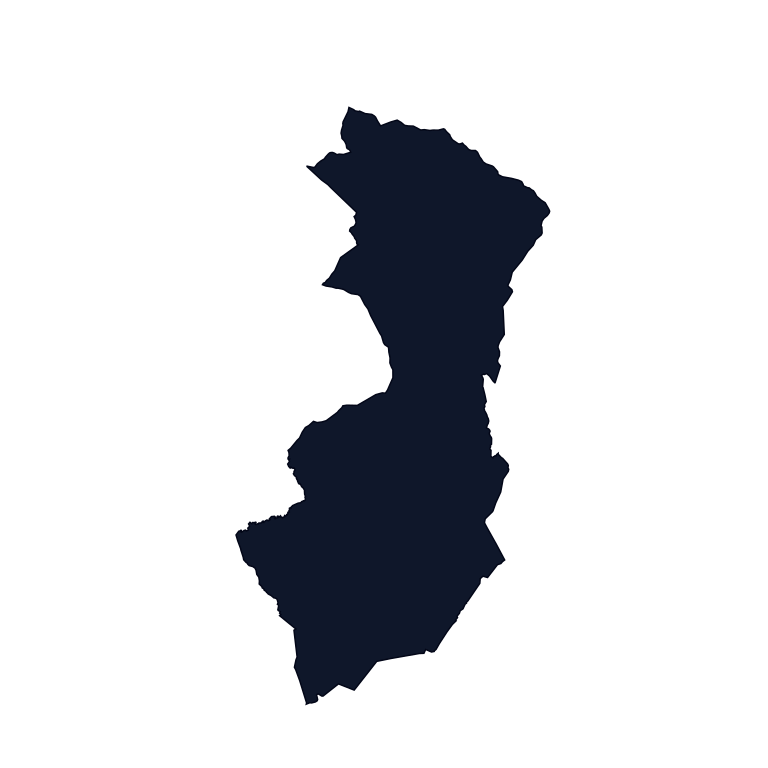 outline of Marginea, Suceava, Romania, rotated 149°
{"feature_id": "2599482B12450420529087", "entity_name": "Marginea", "entity_type": "district", "adm_level": 2, "iso_a3": "ROU", "parent_name": "Romania", "parent_adm1": "Suceava", "projection": "orthographic", "projection_center": [25.809, 47.767], "detail": "fine", "context": "isolated", "style": "filled", "palette": "ink", "viewbox_px": 768, "rotation_deg": 149, "n_neighbors": 0, "source": "geoboundaries", "source_scale": "gbopen_adm2", "svg_char_len": 6171}
<svg xmlns="http://www.w3.org/2000/svg" viewBox="0 0 768 768"><g transform="rotate(149 384 384)"><path d="M271.6,639.1L274.6,635.9L284.0,629.8L285.2,628.4L285.8,626.9L289.6,623.5L291.6,621.1L292.5,618.3L293.5,616.2L292.8,612.9L292.8,611.0L293.1,608.6L294.3,605.7L294.2,604.6L293.2,603.1L292.8,601.5L293.2,599.8L300.5,601.6L304.1,604.2L305.7,604.6L306.5,605.3L307.6,607.4L308.9,609.0L310.4,609.8L311.6,610.1L313.3,609.8L317.6,608.5L319.0,607.7L323.4,607.7L327.6,607.1L331.5,605.5L332.9,605.9L337.7,610.3L338.0,610.0L332.4,590.9L329.4,583.8L328.5,580.0L319.1,545.3L321.3,543.2L323.4,542.9L323.7,539.8L324.6,537.1L325.3,536.2L328.0,534.6L332.0,534.9L333.7,534.0L334.7,532.8L334.0,530.5L334.1,529.1L333.6,525.5L334.0,524.4L333.7,520.8L334.6,519.4L335.1,518.0L334.4,516.5L356.1,514.7L367.9,506.4L372.2,505.0L376.2,502.9L379.9,502.3L382.0,501.3L384.1,501.6L385.6,500.8L383.3,497.9L378.5,493.9L375.8,490.9L373.8,489.6L370.7,486.7L369.6,485.4L367.3,480.9L365.4,478.2L360.2,474.0L359.0,471.3L359.6,462.1L359.1,456.6L360.2,449.4L361.4,429.5L361.3,426.5L363.1,419.8L363.1,417.4L361.2,413.2L363.4,408.8L365.4,403.2L368.1,399.0L368.9,394.6L369.0,391.7L373.1,384.8L384.1,377.0L387.5,375.4L390.1,377.3L396.5,379.1L417.9,379.4L426.8,385.0L430.5,386.5L432.3,385.4L436.4,384.5L438.5,383.7L452.4,382.3L456.6,383.4L461.2,385.4L463.7,388.3L469.7,387.1L473.8,387.2L478.9,384.8L484.2,381.2L487.6,380.4L497.1,377.0L500.4,376.5L500.8,374.1L502.3,371.3L504.1,370.3L504.1,369.7L504.9,369.3L504.6,368.7L504.7,368.1L503.9,368.0L504.8,367.2L505.0,366.2L507.8,365.0L508.2,362.1L507.7,361.4L507.9,360.8L507.7,360.3L507.3,360.1L506.5,360.5L506.4,359.9L505.3,358.5L504.4,358.4L504.3,356.6L505.3,355.6L506.0,355.6L507.2,353.9L507.9,353.7L507.9,351.5L507.4,350.5L507.1,349.0L507.6,348.5L507.8,347.2L507.5,346.7L508.0,345.7L508.4,343.0L508.2,342.0L507.5,342.1L507.3,341.5L507.3,339.3L507.5,338.6L506.8,336.3L506.9,333.5L507.3,333.2L508.8,330.4L509.2,328.1L510.0,327.7L510.5,326.0L511.6,325.0L512.5,324.8L513.3,325.5L514.5,325.2L515.1,325.6L516.6,325.1L518.9,326.1L524.9,326.9L525.3,326.4L526.2,326.6L527.1,326.2L527.6,325.5L528.2,326.2L529.1,326.2L529.7,324.9L530.9,324.2L531.0,323.2L532.5,323.5L532.8,322.8L533.6,322.2L534.3,322.2L534.1,321.8L534.7,321.5L535.2,321.7L536.6,321.4L536.9,322.4L538.5,321.3L539.3,321.7L539.9,321.6L540.0,322.2L540.6,322.6L540.6,324.2L541.9,323.6L543.2,324.0L542.4,324.8L543.3,325.6L543.9,325.4L544.0,324.7L544.4,324.3L546.7,324.5L547.1,325.0L547.0,325.5L545.7,325.8L546.0,327.0L548.8,328.3L551.8,327.4L551.9,326.9L551.5,326.5L552.4,326.1L552.8,326.6L553.8,326.4L554.3,327.7L556.4,327.8L558.3,327.1L558.5,327.4L558.1,328.6L558.8,328.9L559.4,328.8L559.8,328.1L560.9,328.2L562.9,329.3L563.9,328.8L564.6,329.4L566.3,329.5L566.6,330.0L566.5,330.4L566.1,331.0L565.1,331.2L565.1,331.6L566.8,332.1L567.9,332.9L569.2,332.3L570.1,334.5L572.2,333.8L572.2,332.4L572.6,331.2L575.0,330.6L575.1,329.4L576.0,328.6L577.7,329.0L578.0,330.1L579.4,330.5L582.3,330.3L582.8,331.0L582.0,331.3L581.7,332.0L582.3,332.4L583.0,332.2L584.3,332.6L588.6,330.8L590.1,325.0L591.8,316.0L592.1,315.7L593.9,308.0L594.8,305.6L594.1,302.1L593.5,300.8L593.6,299.7L593.1,297.8L590.5,295.1L589.4,292.7L589.6,290.2L591.1,286.3L590.8,282.9L592.2,279.4L594.0,276.8L593.0,273.3L593.4,272.0L592.5,270.3L592.9,269.1L591.9,266.9L592.0,265.8L591.6,265.3L591.4,263.6L589.7,260.8L588.5,257.3L587.6,256.7L586.7,255.3L586.6,254.2L587.5,251.0L588.8,250.1L588.4,249.3L588.6,248.1L591.3,245.1L591.3,244.3L590.1,242.2L591.5,241.4L591.1,239.5L592.8,239.2L585.7,219.4L588.0,219.3L599.1,194.7L601.5,192.9L606.7,187.3L606.8,184.7L609.0,173.2L614.6,150.5L615.5,149.6L611.8,149.0L610.3,147.9L606.5,146.8L604.4,146.9L603.4,147.7L601.9,152.3L601.2,152.5L599.9,152.1L598.0,148.5L597.0,147.9L577.5,150.4L567.2,137.0L533.1,150.0L519.5,145.2L492.5,134.8L488.5,132.6L485.0,135.0L481.3,129.8L478.7,128.9L478.4,129.3L476.1,129.7L470.2,133.0L457.7,139.1L449.2,142.7L444.1,143.9L444.3,144.8L441.3,145.9L441.2,146.9L440.8,147.4L437.5,148.6L435.5,150.4L432.1,150.6L427.9,153.5L426.2,153.7L426.1,154.3L423.8,154.9L404.5,163.8L401.8,167.6L398.2,168.3L394.9,164.8L379.8,170.7L376.3,169.9L373.9,170.7L371.2,171.0L370.3,188.3L369.7,207.4L369.4,213.0L368.9,213.9L366.7,216.3L356.7,218.7L355.7,219.3L349.5,224.5L339.6,231.3L330.9,241.2L322.5,245.1L321.0,246.7L320.9,248.3L319.4,250.2L319.2,251.7L320.6,259.2L321.3,260.4L322.3,265.0L321.8,265.8L323.9,265.5L324.8,264.6L325.9,265.3L326.2,265.0L327.6,265.3L328.6,264.6L329.5,266.2L329.5,267.2L326.4,272.1L326.9,273.6L326.7,274.0L325.1,275.2L324.1,276.8L322.9,277.0L319.9,281.7L319.5,283.0L319.7,284.4L319.5,286.6L319.1,287.6L317.5,288.8L317.2,289.8L317.5,291.6L318.7,293.4L318.6,293.8L316.2,296.0L315.3,296.3L313.3,298.3L312.5,300.5L312.3,303.0L311.8,304.3L311.5,307.6L311.6,309.0L310.7,311.9L309.2,312.6L308.6,314.4L307.9,315.0L305.4,316.3L303.1,322.8L300.9,330.0L301.1,330.5L296.5,336.9L296.1,338.4L296.1,341.2L293.5,341.2L293.2,340.5L290.6,340.0L289.4,336.4L289.0,330.3L288.4,328.0L288.1,327.9L275.0,339.5L275.4,343.4L274.9,345.3L273.3,346.9L270.5,348.8L268.4,352.1L267.5,356.6L266.4,358.1L263.1,360.7L255.4,364.5L244.0,385.6L242.5,389.4L235.0,392.4L226.4,396.9L225.8,399.0L227.2,403.7L226.8,405.0L222.1,408.1L216.5,413.8L201.6,419.1L192.5,423.7L184.6,426.1L179.6,429.6L172.4,430.8L170.7,432.0L167.9,437.2L167.9,438.8L164.6,442.2L161.6,443.6L157.2,444.3L154.4,445.5L153.0,446.8L152.7,448.7L152.5,456.3L154.6,460.6L156.4,466.2L156.2,470.1L156.4,472.7L157.5,474.5L158.5,477.3L159.9,478.4L162.1,481.7L162.3,482.4L161.9,483.5L161.8,486.6L163.7,489.4L168.7,494.5L175.7,500.6L178.1,504.4L178.1,505.3L177.2,507.5L178.3,513.8L179.0,515.2L183.2,520.1L184.6,523.2L184.7,527.2L185.0,529.2L184.5,534.5L184.9,535.8L185.3,537.0L188.9,539.2L190.4,541.0L190.9,542.5L191.4,545.5L192.3,547.7L192.7,550.1L195.2,550.6L196.6,551.6L199.6,558.1L199.7,562.0L199.3,563.8L200.5,568.2L200.8,571.1L201.6,572.1L206.7,573.6L211.2,576.4L214.1,577.7L218.5,581.3L221.7,582.8L226.0,589.9L230.4,592.8L233.1,595.1L234.6,599.4L236.8,603.4L243.2,605.1L254.0,607.0L254.1,612.8L253.8,617.1L254.3,618.9L255.6,621.4L260.9,625.5L264.4,630.5L265.5,630.7L268.1,633.0L268.7,634.8L271.6,639.1Z" fill="#0f172a" stroke="#020617" stroke-width="1.5"/></g></svg>